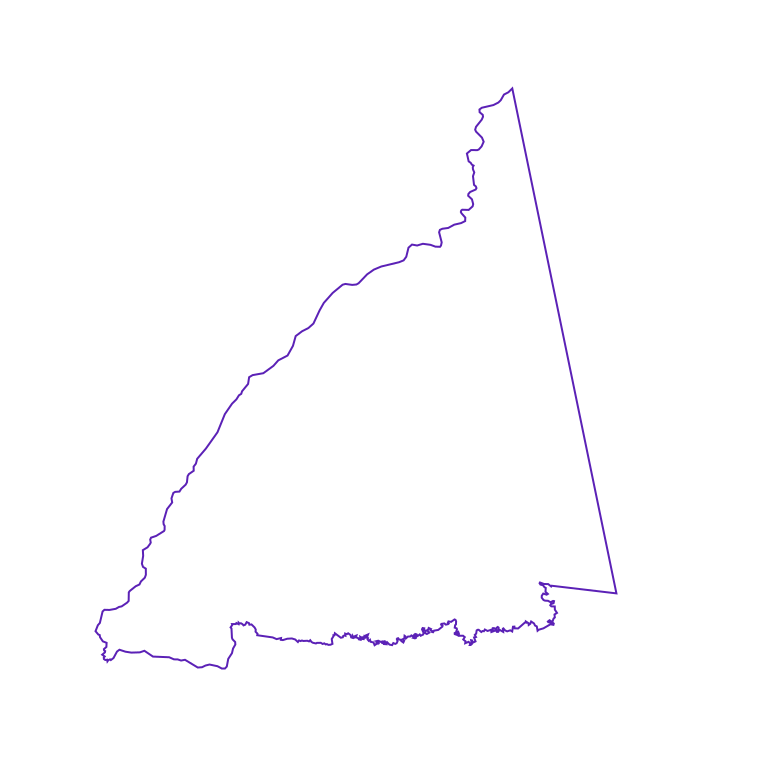 Taisha, Morona Santiago, Ecuador, rotated 277°
{"feature_id": "8360857B62075287883124", "entity_name": "Taisha", "entity_type": "district", "adm_level": 2, "iso_a3": "ECU", "parent_name": "Ecuador", "parent_adm1": "Morona Santiago", "projection": "orthographic", "projection_center": [-77.601, -2.443], "detail": "fine", "context": "isolated", "style": "outline", "palette": "violet", "viewbox_px": 768, "rotation_deg": 277, "n_neighbors": 0, "source": "geoboundaries", "source_scale": "gbopen_adm2", "svg_char_len": 6124}
<svg xmlns="http://www.w3.org/2000/svg" viewBox="0 0 768 768"><g transform="rotate(277 384 384)"><path d="M76.7,146.5L79.0,148.9L85.9,151.6L88.0,153.8L86.8,160.0L86.6,165.9L87.9,174.4L90.0,178.7L85.3,187.9L86.6,204.1L85.1,209.1L85.5,212.8L84.8,216.3L86.0,220.1L79.9,233.7L80.7,237.9L82.8,241.1L84.3,245.0L83.6,253.1L81.8,257.8L82.2,260.8L84.4,262.4L92.2,262.9L98.3,265.9L103.0,266.4L107.3,268.2L109.8,267.7L112.1,264.8L113.6,264.0L122.8,262.4L123.7,261.4L126.4,262.8L127.2,262.4L127.7,266.2L128.7,266.6L127.9,268.9L129.4,268.8L128.6,269.8L129.1,271.1L128.4,272.8L127.3,274.0L128.2,275.6L130.9,276.7L130.2,279.1L128.7,279.7L129.2,281.8L126.6,285.2L124.7,286.6L122.5,286.7L120.7,288.9L119.2,288.8L118.9,304.4L117.7,308.5L119.3,312.8L117.5,312.8L117.5,314.8L119.4,319.1L120.2,323.6L119.6,327.0L117.4,330.0L119.1,330.9L118.7,332.6L119.4,333.8L119.1,335.2L119.8,339.1L119.4,341.0L120.7,342.0L119.1,343.5L118.5,345.0L118.2,348.1L118.9,349.0L119.4,352.8L118.5,354.8L119.3,356.3L118.4,358.0L118.9,359.0L118.3,360.6L118.7,362.7L119.8,364.5L124.5,363.2L127.5,364.6L128.5,364.4L128.7,365.5L130.6,365.6L126.9,372.1L127.6,374.0L128.9,374.2L129.6,375.3L129.4,376.4L131.5,375.9L131.2,377.7L132.2,378.8L130.7,381.5L128.5,382.3L128.2,383.9L130.0,383.8L128.5,385.1L128.9,386.1L130.3,386.0L131.0,387.3L129.2,387.0L128.5,389.7L127.5,390.1L127.3,391.9L130.2,391.2L129.7,392.3L130.0,393.6L129.3,394.2L128.3,393.5L128.3,394.9L129.5,394.9L129.9,396.4L130.5,395.0L131.5,395.2L130.7,396.7L132.3,396.7L133.5,398.7L130.4,398.0L129.9,399.1L128.5,398.8L127.2,400.2L128.4,401.3L126.5,402.1L126.2,405.1L123.6,406.5L124.9,408.0L126.1,408.0L125.6,409.3L126.6,409.2L126.4,410.3L127.4,410.1L127.9,408.0L128.5,409.6L127.6,412.4L128.1,413.3L126.8,413.6L126.6,414.5L128.5,415.2L128.8,416.1L128.2,416.5L127.5,415.5L125.9,415.7L126.0,418.2L127.4,417.7L128.2,418.4L126.0,421.2L125.8,423.9L128.0,424.8L127.4,426.8L128.2,428.1L130.3,428.8L132.4,427.8L133.1,428.2L133.4,429.1L132.2,430.1L132.2,431.7L131.0,432.5L129.8,434.7L131.7,435.3L132.9,433.6L133.9,435.2L136.6,435.1L136.1,436.0L134.2,436.8L136.2,438.5L136.7,441.1L137.8,441.8L137.1,443.5L138.5,444.4L137.4,445.4L135.6,443.9L135.3,445.7L135.8,446.6L138.4,446.6L139.1,445.2L139.7,445.5L139.5,446.9L138.0,448.1L139.8,450.0L138.6,451.1L140.1,453.4L141.8,453.6L145.2,451.6L146.5,452.1L146.4,453.7L144.3,453.4L144.4,455.8L141.9,454.8L141.1,457.0L142.8,459.3L144.8,456.7L145.7,457.8L147.3,458.1L146.5,460.5L145.6,460.0L145.0,460.3L144.7,461.9L143.7,462.0L143.6,463.0L145.3,463.7L146.5,467.8L150.3,471.5L151.2,471.6L152.1,470.0L152.9,470.2L153.7,473.1L152.7,474.7L153.5,476.9L154.1,477.4L154.9,476.5L156.2,476.9L156.1,479.6L158.9,482.7L158.6,483.7L157.2,484.5L154.1,484.7L153.3,484.0L150.8,483.9L150.3,485.9L149.5,486.3L146.4,485.8L145.4,484.5L144.4,484.7L143.8,487.3L146.7,486.8L147.2,487.8L145.3,488.8L143.2,488.9L143.8,493.1L142.6,495.0L140.1,493.8L138.5,496.3L136.6,496.2L138.4,499.4L136.7,501.4L135.4,501.0L135.5,501.8L136.7,502.9L140.3,501.7L140.2,502.7L138.2,503.9L139.7,506.2L143.4,504.3L144.1,506.1L146.0,504.7L147.5,505.9L150.7,506.0L151.4,506.8L151.6,507.9L149.7,510.8L150.8,511.9L150.8,513.3L152.6,514.0L151.5,516.9L153.1,520.2L150.9,520.8L152.4,523.6L153.0,521.7L154.9,521.7L155.1,523.0L154.0,525.0L155.7,525.4L156.7,526.5L156.2,527.4L154.5,527.6L152.1,525.9L151.7,526.3L151.9,527.5L154.1,528.7L152.5,532.5L155.6,531.8L156.0,532.3L154.2,534.2L153.5,536.4L154.9,539.3L154.0,541.4L158.8,541.6L159.1,543.0L157.4,543.5L157.7,546.9L164.6,553.1L164.5,554.1L165.5,553.9L164.2,556.6L162.5,557.0L163.8,558.4L166.2,559.0L164.6,562.1L162.7,563.3L162.0,565.2L157.8,566.5L159.0,567.6L160.9,572.0L165.8,578.5L165.6,581.5L166.9,581.7L167.4,581.0L167.6,576.1L168.2,575.6L169.7,577.1L168.5,579.6L168.7,580.2L171.9,580.9L173.1,582.0L176.0,581.3L177.9,583.6L180.8,581.1L184.0,580.6L183.7,577.2L184.6,576.0L185.8,576.4L187.1,579.0L189.2,579.2L189.3,578.3L187.7,575.9L188.8,573.2L188.6,570.2L189.0,568.7L191.1,566.6L193.0,566.4L195.4,567.6L194.7,571.1L195.6,572.2L197.4,569.6L201.3,569.4L201.9,568.0L203.6,566.4L204.0,563.7L205.2,562.7L206.0,563.0L205.0,567.2L205.4,571.4L203.4,574.6L204.2,575.0L204.5,640.2L693.0,475.3L688.7,471.9L685.9,467.8L679.9,465.3L677.3,463.2L674.2,458.6L670.1,447.4L668.1,445.3L665.4,445.8L663.2,449.2L661.3,449.7L658.3,448.8L650.5,444.0L647.5,443.5L645.7,444.6L640.5,451.2L636.6,453.4L631.7,451.9L628.3,449.5L627.5,448.1L626.8,441.9L622.9,438.2L615.3,440.9L614.1,443.1L612.4,444.5L611.7,446.3L610.1,445.7L608.0,446.1L605.0,447.8L601.1,447.0L592.6,449.1L591.3,451.1L589.7,451.9L588.2,451.3L585.1,446.1L582.9,444.6L581.1,444.6L578.0,448.8L573.4,450.6L571.1,450.3L567.1,446.8L566.5,440.4L565.6,439.5L564.1,439.3L562.9,440.1L559.1,444.4L555.6,444.7L553.1,440.9L550.7,434.3L546.7,428.7L545.2,423.0L543.8,420.7L541.3,420.2L531.6,424.0L528.4,423.7L527.0,422.9L526.6,418.3L527.8,413.2L527.9,405.5L525.5,400.0L525.8,394.8L522.3,391.7L513.0,390.6L509.1,388.4L506.7,384.1L500.3,367.0L496.3,360.0L490.8,353.9L480.9,346.5L479.4,344.5L478.5,340.4L478.6,333.5L477.5,330.8L468.2,322.0L457.2,314.4L449.2,311.1L435.4,306.6L430.3,302.1L426.4,296.3L420.8,290.5L410.8,289.0L400.5,284.8L394.6,276.2L388.5,272.0L380.0,262.9L376.8,252.5L374.3,249.3L367.5,249.1L359.5,244.0L356.8,243.5L355.1,241.4L350.8,239.4L346.0,235.6L334.7,229.7L315.8,224.6L298.2,215.1L287.0,207.7L282.0,207.0L278.8,205.1L274.7,205.7L270.8,201.3L268.5,200.3L262.4,200.4L259.9,199.4L255.3,195.5L252.3,194.1L251.5,189.9L250.2,188.2L244.6,187.0L240.6,188.2L233.4,183.9L220.5,181.8L217.9,182.4L216.3,183.6L212.5,184.0L211.3,183.6L205.4,176.3L203.1,171.5L201.1,170.9L198.2,171.8L197.0,171.4L193.1,169.2L189.7,164.9L184.1,165.9L176.1,165.6L173.1,167.1L171.7,170.1L165.6,170.9L162.6,170.2L158.4,166.8L155.2,165.7L153.0,162.2L147.6,156.9L146.1,156.1L137.6,157.0L135.7,155.7L131.3,150.7L130.4,148.1L128.2,145.2L126.3,139.1L125.8,134.0L123.9,132.4L112.2,131.1L109.7,129.4L103.5,127.8L100.5,131.0L100.2,132.4L98.1,133.0L94.3,136.3L93.3,140.2L89.2,140.5L86.7,138.3L85.4,138.7L84.9,139.8L83.6,139.7L81.0,137.3L79.5,140.0L78.4,139.2L76.9,139.5L76.1,141.0L76.6,142.8L75.0,143.3L76.4,144.1L77.3,145.7L76.7,146.5Z" fill="none" stroke="#5b21b6" stroke-width="2"/></g></svg>